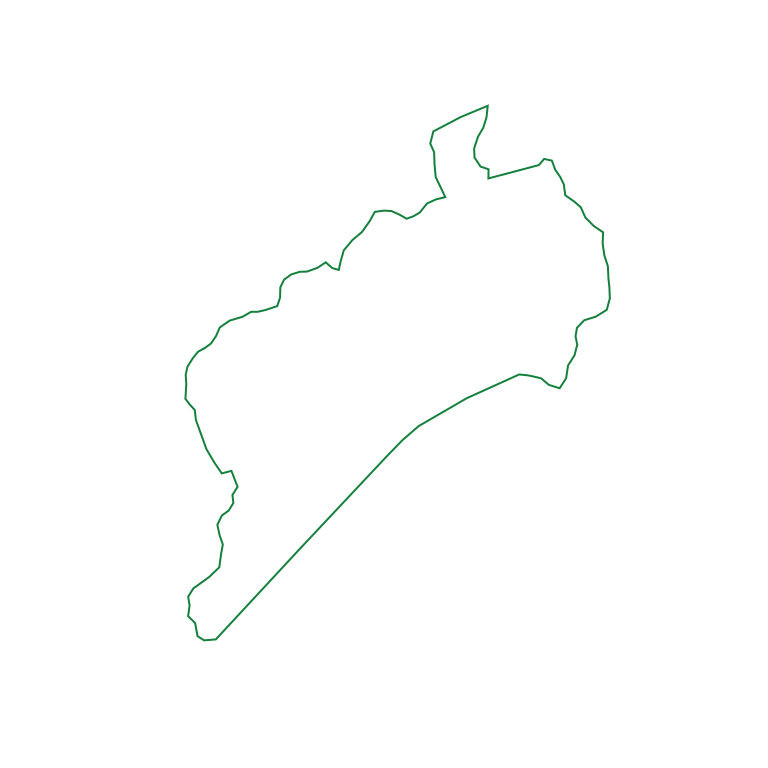 Pedras Grandes, Santa Catarina, Brazil (Equal Earth projection), rotated 16°
{"feature_id": "56859067B67009186036385", "entity_name": "Pedras Grandes", "entity_type": "district", "adm_level": 2, "iso_a3": "BRA", "parent_name": "Brazil", "parent_adm1": "Santa Catarina", "projection": "equal_earth", "projection_center": [-49.21, -28.49], "detail": "fine", "context": "isolated", "style": "outline", "palette": "green", "viewbox_px": 768, "rotation_deg": 16, "n_neighbors": 0, "source": "geoboundaries", "source_scale": "gbopen_adm2", "svg_char_len": 1651}
<svg xmlns="http://www.w3.org/2000/svg" viewBox="0 0 768 768"><g transform="rotate(16 384 384)"><path d="M281.7,680.0L292.7,675.9L348.5,565.7L377.6,509.1L383.5,497.6L407.4,451.2L417.3,432.7L429.0,414.8L467.5,374.8L511.3,337.6L519.2,336.1L525.5,335.6L533.4,335.2L542.7,339.4L554.0,339.7L557.5,328.2L555.8,315.5L559.2,303.9L558.9,292.9L555.0,285.4L554.0,276.8L558.9,267.5L568.9,261.0L577.7,251.3L577.5,239.5L574.0,228.9L570.6,220.5L566.7,209.0L560.3,199.5L555.5,188.8L552.8,177.8L542.1,174.3L531.7,168.5L524.5,159.9L516.6,156.2L506.2,152.6L501.8,142.5L496.3,136.4L489.6,130.9L483.8,123.0L475.9,123.5L472.5,130.9L427.7,157.6L425.3,148.8L416.9,148.4L408.6,141.4L405.7,132.7L406.2,120.3L408.8,110.3L409.0,99.1L407.0,88.0L384.3,106.1L361.8,127.6L362.2,140.2L368.3,147.4L372.2,159.4L376.7,170.9L384.2,179.3L391.4,187.5L383.1,192.2L375.6,198.6L371.2,209.2L366.1,214.6L360.2,218.9L352.1,216.9L343.5,215.7L336.3,217.3L327.7,221.1L325.3,231.6L320.8,244.2L314.0,254.2L308.5,266.6L308.5,277.7L309.1,286.8L302.3,286.8L294.4,283.1L288.1,290.6L279.1,297.1L272.0,299.4L264.7,304.2L259.2,311.2L257.7,319.6L260.3,329.7L259.9,338.5L249.6,345.6L242.7,349.4L236.4,351.2L229.3,358.5L218.3,365.5L210.6,374.8L209.3,384.3L206.5,392.8L201.9,398.7L196.4,404.2L193.1,411.9L190.3,421.6L190.9,430.0L194.0,438.6L197.2,453.0L202.7,457.1L209.3,461.2L213.1,470.4L231.3,495.6L242.7,506.4L252.7,514.6L261.3,509.6L271.6,523.2L268.9,532.4L272.0,539.9L269.6,548.5L264.4,555.1L262.6,565.2L267.4,574.3L273.3,582.7L274.3,592.7L276.2,605.6L269.2,617.6L257.1,633.0L254.4,642.4L258.2,650.6L259.7,661.2L268.3,665.8L274.3,677.8L281.7,680.0Z" fill="none" stroke="#15803d" stroke-width="2"/></g></svg>